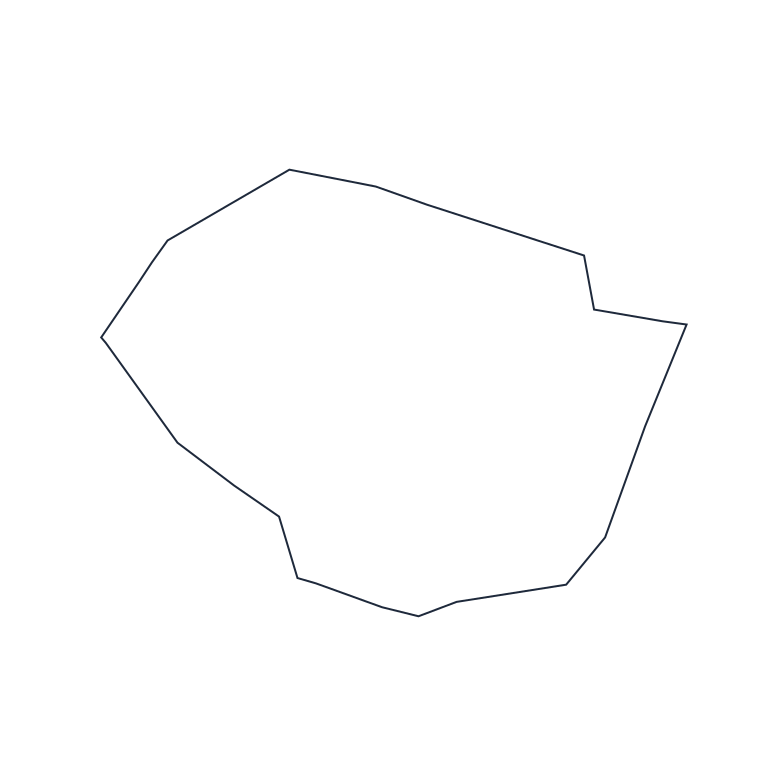 Govi-Ugtaal, Dundgovi, Mongolia, rotated 120°
{"feature_id": "93677404B40733241475211", "entity_name": "Govi-Ugtaal", "entity_type": "district", "adm_level": 2, "iso_a3": "MNG", "parent_name": "Mongolia", "parent_adm1": "Dundgovi", "projection": "mercator", "projection_center": [107.52, 45.999], "detail": "fine", "context": "isolated", "style": "outline", "palette": "slate", "viewbox_px": 768, "rotation_deg": 120, "n_neighbors": 0, "source": "geoboundaries", "source_scale": "gbopen_adm2", "svg_char_len": 466}
<svg xmlns="http://www.w3.org/2000/svg" viewBox="0 0 768 768"><g transform="rotate(120 384 384)"><path d="M595.3,361.9L590.7,343.3L578.3,274.1L567.9,238.0L536.4,212.2L466.7,125.9L406.3,115.8L290.2,136.7L181.2,151.7L190.4,174.1L214.5,239.3L172.7,275.0L207.2,436.3L217.1,489.8L245.7,573.1L367.9,643.2L394.7,645.8L418.2,647.2L485.1,652.2L487.5,645.5L494.9,629.1L538.1,533.5L546.9,462.9L551.3,408.6L595.3,361.9Z" fill="none" stroke="#1e293b" stroke-width="2"/></g></svg>